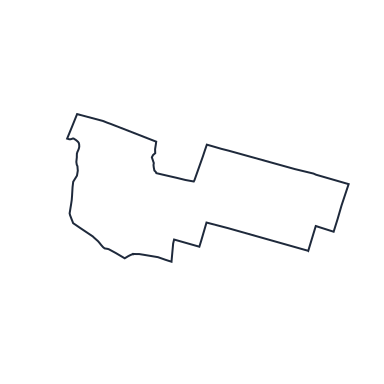 outline of Slobozia Mandra, Teleorman, Romania, rotated 35°
{"feature_id": "2599482B21797470887303", "entity_name": "Slobozia Mandra", "entity_type": "district", "adm_level": 2, "iso_a3": "ROU", "parent_name": "Romania", "parent_adm1": "Teleorman", "projection": "orthographic", "projection_center": [24.681, 43.937], "detail": "fine", "context": "isolated", "style": "outline", "palette": "slate", "viewbox_px": 384, "rotation_deg": 35, "n_neighbors": 0, "source": "geoboundaries", "source_scale": "gbopen_adm2", "svg_char_len": 1456}
<svg xmlns="http://www.w3.org/2000/svg" viewBox="0 0 384 384"><g transform="rotate(35 192 192)"><path d="M136.4,285.3L137.3,285.5L143.3,286.2L145.6,286.8L147.9,287.5L150.8,288.2L152.8,288.3L155.5,287.0L156.7,286.6L164.6,285.7L174.9,284.9L176.5,281.3L177.6,279.2L178.7,277.4L179.5,276.8L179.3,276.5L181.8,274.9L184.2,273.2L188.1,271.3L201.5,264.9L209.0,262.8L215.2,260.9L206.1,245.0L204.6,241.2L229.4,232.6L227.5,226.7L221.4,208.7L242.1,201.0L320.7,173.6L321.0,173.6L312.9,148.9L330.8,143.3L326.8,130.7L322.2,117.2L315.8,95.7L315.5,95.8L283.7,106.7L281.0,107.2L263.2,114.2L198.4,137.1L191.3,139.8L181.6,143.1L177.0,144.7L178.7,150.6L180.5,156.6L187.2,180.8L187.4,182.4L179.8,185.9L171.3,189.2L165.9,191.4L157.5,194.8L152.0,197.0L150.7,196.3L148.9,196.0L146.6,193.8L145.0,192.0L144.1,190.2L139.2,186.6L138.9,184.0L139.6,181.3L137.2,178.1L135.0,173.6L133.8,171.3L89.1,182.2L86.6,182.8L83.0,183.8L78.3,184.9L53.2,194.1L56.1,206.6L59.1,219.9L61.2,219.2L62.0,218.7L62.9,217.7L63.8,216.4L64.4,216.1L65.4,216.1L66.6,216.0L68.3,216.1L69.9,216.3L71.2,216.8L72.3,217.8L73.5,219.3L74.1,220.5L74.6,222.0L74.9,223.4L75.2,225.1L75.4,225.6L75.5,225.9L75.6,226.4L77.2,228.9L77.5,229.2L80.0,233.7L81.9,235.7L83.4,236.6L84.6,238.1L86.2,240.0L88.4,244.6L88.5,246.5L88.8,251.7L91.3,256.4L95.8,263.7L98.1,267.6L100.1,271.6L104.0,279.7L105.5,281.0L107.9,282.6L108.9,283.3L110.9,284.6L112.5,285.7L121.2,285.6L136.4,285.3Z" fill="none" stroke="#1e293b" stroke-width="2"/></g></svg>